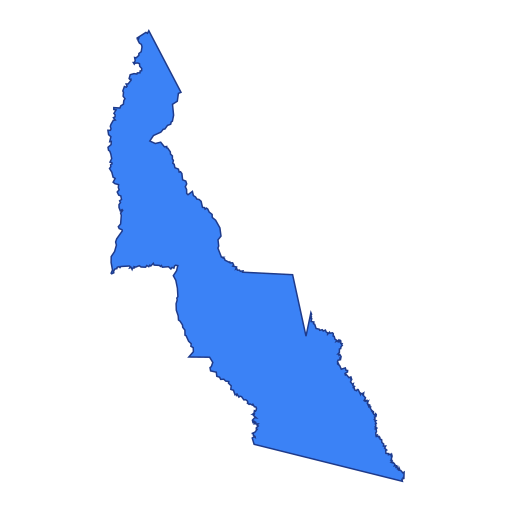 the district of La Montañita, Caquetá, Colombia
{"feature_id": "7082276B18236401251587", "entity_name": "La Montañita", "entity_type": "district", "adm_level": 2, "iso_a3": "COL", "parent_name": "Colombia", "parent_adm1": "Caquetá", "projection": "robinson", "projection_center": [-75.265, 1.373], "detail": "fine", "context": "isolated", "style": "filled", "palette": "blue", "viewbox_px": 512, "rotation_deg": 0, "n_neighbors": 0, "source": "geoboundaries", "source_scale": "gbopen_adm2", "svg_char_len": 6086}
<svg xmlns="http://www.w3.org/2000/svg" viewBox="0 0 512 512"><path d="M111.1,273.2L111.7,273.8L113.8,272.8L113.6,271.2L114.9,269.0L116.9,268.6L117.0,267.4L119.0,266.6L120.0,267.6L120.8,266.5L129.4,266.0L130.3,266.7L129.7,267.9L131.1,267.4L132.1,269.5L132.6,268.2L134.3,267.9L134.1,266.7L135.7,267.1L139.3,265.7L141.0,267.0L145.6,267.2L146.8,265.5L148.8,266.7L149.8,265.2L150.8,266.0L153.3,263.3L154.1,265.1L159.4,265.4L160.4,266.4L161.4,265.5L162.3,267.2L168.5,266.7L170.9,269.0L172.0,267.4L173.9,268.1L174.5,266.0L175.6,265.2L177.8,265.6L176.6,270.7L173.3,275.7L175.8,280.3L177.4,288.2L177.9,296.7L176.8,298.1L177.2,299.9L176.1,303.7L176.3,310.2L178.2,315.8L178.5,320.0L180.1,321.2L182.5,325.0L182.7,327.3L184.9,330.1L185.0,335.2L186.1,335.7L188.6,341.2L191.2,343.7L190.9,346.3L193.2,347.6L193.4,351.7L188.8,357.0L209.6,357.2L212.8,362.4L211.3,366.6L210.0,367.6L210.6,370.9L216.3,372.2L216.8,376.3L219.6,377.2L220.7,379.4L223.8,379.2L225.7,381.1L228.8,381.5L228.5,383.2L231.2,385.8L230.8,389.4L233.5,390.3L235.0,394.8L236.7,394.1L236.7,395.2L237.4,394.6L238.9,397.1L240.0,396.2L241.5,396.6L243.9,399.9L245.6,399.7L247.2,400.8L247.9,402.2L247.4,403.1L249.1,404.4L250.0,403.9L252.4,405.1L252.9,404.3L254.4,406.8L255.8,406.9L256.5,408.2L256.2,410.0L255.4,411.3L254.4,410.7L254.0,413.2L252.6,414.2L254.2,414.2L253.4,415.4L256.3,417.9L254.7,417.7L252.4,420.2L252.9,422.3L253.7,421.6L253.8,422.6L254.5,422.4L254.3,421.5L255.7,422.3L254.4,423.8L258.1,423.9L257.0,425.0L258.3,426.0L256.3,427.8L256.3,429.1L257.2,429.3L254.9,432.2L251.7,433.6L253.4,433.5L253.4,435.4L255.0,436.4L255.2,437.4L254.1,436.7L252.2,438.0L254.1,444.3L402.4,481.3L401.9,479.3L403.6,478.5L403.0,476.9L403.9,477.7L404.1,472.1L402.9,472.9L400.8,470.5L398.9,470.1L399.6,469.2L399.1,468.0L398.9,469.5L397.6,469.0L398.1,468.3L397.0,467.7L397.1,466.8L396.1,467.2L396.5,465.7L394.4,465.8L395.1,464.9L394.1,463.3L391.6,462.5L392.6,462.1L391.0,460.8L392.0,460.3L391.2,459.5L392.1,456.1L391.7,454.6L391.2,455.7L390.8,454.2L388.5,454.7L388.6,453.6L385.9,453.4L385.7,450.5L386.7,450.0L384.6,448.2L385.7,446.0L383.4,446.1L383.7,444.0L381.9,442.5L381.6,439.6L380.3,439.4L379.7,437.6L378.5,437.7L379.6,437.1L378.8,436.2L376.6,436.5L377.1,435.1L376.0,435.6L375.7,432.8L376.5,431.8L376.2,429.4L375.4,429.0L376.8,428.4L377.0,427.4L376.2,428.4L375.1,426.9L375.9,426.1L375.4,423.9L376.3,423.6L375.1,421.2L376.1,420.6L374.3,419.5L375.0,418.3L374.5,417.1L375.9,416.6L376.3,414.6L375.6,413.7L374.8,415.1L373.9,414.5L372.8,412.5L373.5,412.6L373.4,411.6L371.8,411.0L372.3,410.0L371.7,410.5L370.3,408.2L370.6,406.9L369.1,406.9L369.9,405.2L368.5,404.4L368.3,405.4L367.3,403.3L368.1,401.3L367.4,401.8L367.0,400.3L366.0,400.6L366.1,401.6L365.2,400.1L365.0,401.1L364.1,400.6L365.5,397.8L363.3,395.4L363.6,393.4L362.9,394.2L362.8,393.4L362.1,394.0L360.6,393.1L360.4,394.2L358.2,389.6L357.3,389.5L356.5,390.7L354.6,389.9L354.3,388.1L353.3,387.7L354.5,386.4L352.8,385.7L353.3,383.7L352.4,384.2L350.5,381.9L351.2,380.6L350.7,378.0L351.4,378.5L350.9,376.9L349.0,377.7L346.4,374.6L345.4,375.0L345.0,373.4L347.5,372.0L347.6,370.5L346.0,370.3L345.3,367.9L341.3,369.2L339.7,365.6L337.6,364.0L337.6,363.1L338.4,363.5L337.5,361.6L338.1,360.1L339.8,359.9L340.0,358.3L340.6,359.0L341.1,356.6L339.9,354.6L339.0,355.2L338.9,354.0L337.9,354.0L339.4,352.4L339.4,349.0L340.7,348.6L341.0,346.7L342.3,345.3L341.5,344.2L342.0,343.6L340.8,343.3L340.8,340.9L339.9,340.1L339.2,341.6L338.6,340.4L338.0,341.7L337.3,340.9L336.2,341.4L336.8,340.3L335.0,339.2L334.2,336.3L333.2,336.1L333.3,333.7L332.5,332.8L330.0,333.2L329.5,332.2L327.6,334.2L327.6,332.8L326.2,332.0L325.4,330.1L323.2,331.0L322.3,329.7L319.7,330.3L319.2,329.2L316.1,328.5L314.7,324.3L313.5,323.7L313.9,322.0L311.1,321.5L311.7,318.6L310.7,318.2L311.5,316.9L310.8,315.9L311.6,314.3L310.9,312.6L306.0,336.2L292.6,274.7L242.6,272.2L243.0,270.9L240.3,271.3L239.5,270.1L237.4,270.2L236.7,268.5L235.8,269.0L236.6,267.0L232.8,266.1L233.7,265.1L232.6,262.8L230.2,262.9L229.8,261.9L229.2,262.3L225.0,260.2L224.5,258.7L223.0,257.9L223.7,257.3L221.4,257.1L217.9,248.1L218.7,246.0L218.0,239.8L221.0,236.1L219.9,227.9L215.6,220.2L212.3,217.5L212.1,214.4L209.2,212.1L207.7,209.0L206.4,208.1L205.1,209.1L204.5,207.6L202.5,207.4L201.1,201.3L199.1,199.5L196.9,199.1L195.5,196.9L193.4,195.6L192.4,191.4L188.0,194.7L186.7,193.5L186.6,189.5L185.3,186.8L186.7,183.9L185.8,181.1L182.6,179.8L181.9,173.6L180.5,171.7L179.2,172.1L178.4,169.1L174.9,167.7L174.2,164.3L172.8,163.2L173.4,160.3L172.4,159.1L172.4,155.9L170.5,154.1L170.3,151.8L167.7,148.1L166.6,147.8L166.7,146.5L164.4,146.8L160.7,142.2L155.3,143.5L149.8,141.0L153.5,135.5L160.9,132.1L163.2,129.3L164.9,129.0L167.5,125.4L170.7,124.2L171.2,122.0L172.4,121.2L173.6,115.2L172.5,104.3L177.3,101.2L178.4,93.4L181.0,92.3L148.8,30.7L147.5,33.3L145.9,32.4L137.1,38.0L137.3,38.9L138.7,38.4L138.0,40.4L139.4,43.1L141.4,44.4L142.0,46.9L141.2,51.7L138.9,53.5L138.8,55.4L136.2,57.8L134.6,57.5L135.2,60.5L134.5,62.4L133.3,62.5L134.3,64.1L134.9,63.2L137.7,63.0L139.5,63.7L139.7,66.2L141.7,68.5L141.6,70.7L140.1,71.0L140.0,72.8L137.3,72.9L136.9,74.0L134.0,73.6L130.2,74.7L129.1,78.6L129.9,79.4L130.9,79.1L131.1,80.2L128.1,83.9L126.1,84.0L127.1,86.2L126.3,87.2L124.4,86.5L122.8,91.0L123.5,92.2L123.1,96.2L125.0,98.7L123.8,100.6L123.4,104.2L120.8,105.8L119.9,108.0L113.8,107.6L113.8,109.5L116.1,109.9L113.9,113.4L115.1,114.8L115.1,116.8L113.4,117.7L115.3,120.0L113.3,120.3L111.0,124.3L110.3,126.3L111.0,128.8L110.4,130.3L107.9,130.3L108.6,134.7L110.9,136.7L109.7,141.7L111.3,141.4L111.1,144.6L108.0,147.3L108.5,150.2L109.8,151.2L110.8,154.0L111.7,158.6L110.0,162.1L111.8,162.6L112.0,163.9L110.6,164.7L110.8,166.8L109.5,168.5L111.8,172.2L113.1,177.2L115.2,178.4L113.1,182.2L115.0,183.7L118.6,184.6L118.3,187.5L119.1,189.8L117.2,192.0L118.7,195.1L120.8,195.9L121.5,199.5L119.6,200.8L120.5,202.5L119.0,204.6L119.0,207.5L120.3,210.9L122.1,209.6L122.7,210.3L120.6,213.1L121.3,215.3L120.6,224.0L118.3,226.7L119.2,228.6L122.0,229.7L122.3,230.9L116.7,238.8L115.6,242.0L116.4,245.1L114.6,251.5L111.2,256.6L111.1,262.5L112.5,270.0L111.1,273.2Z" fill="#3b82f6" stroke="#1e3a8a" stroke-width="1.5"/></svg>